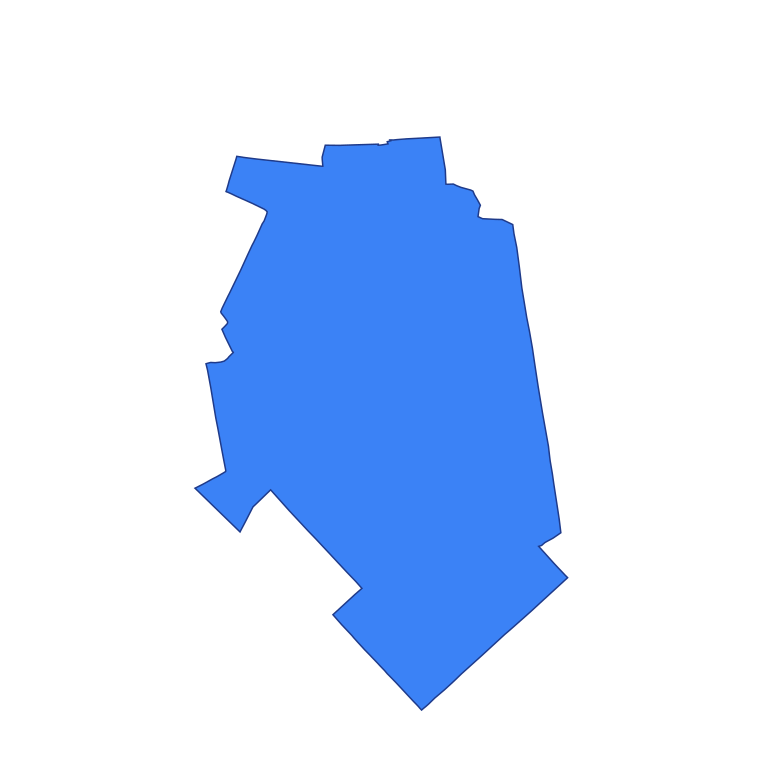 Intorsura, Dolj, Romania, rotated 317°
{"feature_id": "2599482B5939349037702", "entity_name": "Intorsura", "entity_type": "district", "adm_level": 2, "iso_a3": "ROU", "parent_name": "Romania", "parent_adm1": "Dolj", "projection": "orthographic", "projection_center": [23.557, 44.11], "detail": "fine", "context": "isolated", "style": "filled", "palette": "blue", "viewbox_px": 768, "rotation_deg": 317, "n_neighbors": 0, "source": "geoboundaries", "source_scale": "gbopen_adm2", "svg_char_len": 2811}
<svg xmlns="http://www.w3.org/2000/svg" viewBox="0 0 768 768"><g transform="rotate(317 384 384)"><path d="M386.2,650.9L386.2,649.7L386.1,647.4L386.1,645.1L386.0,636.8L386.0,630.7L386.3,613.4L386.4,608.2L387.6,608.8L388.8,609.4L389.5,609.6L390.8,609.6L393.5,609.7L396.0,610.3L402.4,612.0L409.1,613.0L411.9,613.4L419.9,602.4L422.5,598.6L426.4,592.9L440.3,572.5L445.9,564.5L453.0,553.7L455.3,550.5L461.8,541.7L480.1,513.4L495.2,490.7L508.0,472.0L517.0,459.0L526.3,444.7L533.8,432.6L542.4,419.7L550.3,407.8L563.1,390.3L574.2,374.7L581.5,362.8L586.9,355.2L582.6,344.3L577.5,339.3L568.8,330.3L566.9,325.7L573.2,320.6L576.4,319.0L578.0,312.8L579.2,307.4L580.6,303.6L579.7,301.3L574.4,292.7L572.4,288.5L571.1,285.1L566.6,281.2L565.6,280.0L574.9,269.2L592.7,242.3L593.3,241.5L578.4,229.1L575.3,226.5L572.8,224.4L567.8,220.2L560.4,214.3L557.2,211.9L556.0,210.7L554.8,209.6L554.7,210.2L554.7,210.6L551.6,209.0L550.7,211.1L547.8,209.2L544.7,207.1L542.6,205.4L543.4,204.7L515.8,180.5L514.7,179.6L503.9,169.3L493.5,175.9L492.0,177.6L487.8,183.0L487.4,182.7L481.0,175.3L444.1,132.4L436.5,123.3L436.2,122.9L435.8,122.5L435.5,122.0L432.4,118.1L431.6,117.1L429.0,118.7L419.6,124.0L409.3,129.8L406.3,131.7L401.1,134.8L399.7,135.5L399.8,135.9L400.5,137.1L402.3,141.4L404.1,146.1L410.8,161.9L415.6,174.4L415.8,175.5L416.0,176.2L416.0,177.1L416.0,177.6L416.0,178.3L415.1,179.1L414.0,179.8L411.0,181.3L407.5,183.0L404.2,183.8L392.8,188.6L385.6,191.4L382.1,192.6L373.7,196.0L357.0,202.9L337.9,210.3L333.0,212.2L330.2,213.2L317.5,218.1L313.9,219.8L313.6,220.4L313.3,221.2L313.0,225.2L312.6,228.6L312.3,230.8L312.1,231.7L311.5,232.4L311.0,232.8L310.4,233.0L306.4,233.3L303.5,233.4L302.8,233.4L299.9,241.6L295.3,256.8L295.4,257.9L295.3,258.2L293.3,258.2L289.3,258.3L287.4,258.6L286.0,258.6L282.8,258.3L279.5,256.6L275.1,253.3L271.9,250.0L268.9,248.4L267.6,247.8L264.4,253.5L254.7,268.7L237.9,294.0L232.0,303.5L221.6,319.8L215.2,329.9L209.5,339.0L209.2,339.4L208.7,339.8L208.5,340.0L205.9,339.5L198.2,337.7L194.1,336.5L183.3,333.8L174.7,331.3L177.8,394.0L180.6,393.0L188.1,390.4L203.3,384.9L204.5,384.5L207.6,384.5L223.1,384.2L228.9,384.1L228.7,393.3L228.3,412.3L228.3,439.9L228.5,451.2L228.5,496.4L228.7,508.6L228.5,516.9L228.5,518.4L219.2,518.1L190.6,517.9L189.3,517.9L188.9,531.2L189.0,545.8L188.8,549.2L188.7,554.7L188.6,565.3L188.8,573.2L188.8,575.9L188.9,582.3L188.9,588.2L189.0,593.7L188.8,598.1L188.9,600.7L189.1,610.1L189.1,616.5L189.1,623.8L189.1,625.4L189.1,627.5L189.1,631.8L189.1,632.7L189.1,634.1L189.1,636.5L189.2,640.3L189.2,642.6L189.2,643.7L189.1,645.1L189.1,645.9L189.1,648.1L191.9,648.2L194.8,648.4L198.8,648.5L202.5,648.4L207.0,648.3L219.6,648.9L232.3,649.0L243.1,648.8L271.3,649.3L272.5,649.3L301.4,649.5L312.0,649.9L336.1,650.5L352.8,650.6L386.2,650.9Z" fill="#3b82f6" stroke="#1e3a8a" stroke-width="1.5"/></g></svg>